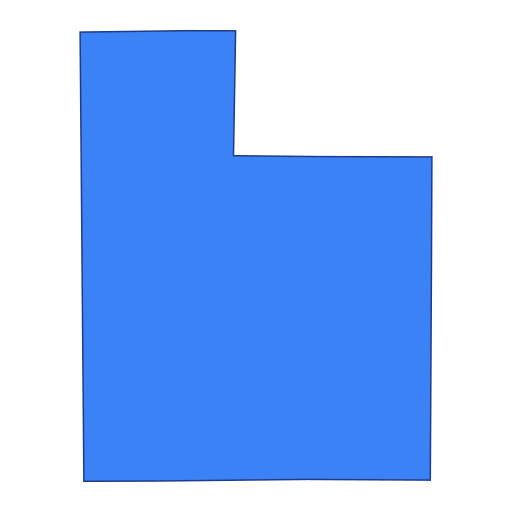 outline of Fayette, Indiana, United States of America
{"feature_id": "52423323B31506372049055", "entity_name": "Fayette", "entity_type": "district", "adm_level": 2, "iso_a3": "USA", "parent_name": "United States of America", "parent_adm1": "Indiana", "projection": "orthographic", "projection_center": [-85.152, 39.657], "detail": "fine", "context": "isolated", "style": "filled", "palette": "blue", "viewbox_px": 512, "rotation_deg": 0, "n_neighbors": 0, "source": "geoboundaries", "source_scale": "gbopen_adm2", "svg_char_len": 271}
<svg xmlns="http://www.w3.org/2000/svg" viewBox="0 0 512 512"><path d="M430.3,480.1L431.5,255.8L431.9,156.9L318.3,156.6L233.5,155.7L235.6,30.8L186.1,30.7L80.1,32.1L83.9,481.3L158.4,481.0L306.7,479.4L430.3,480.1Z" fill="#3b82f6" stroke="#1e3a8a" stroke-width="1.5"/></svg>